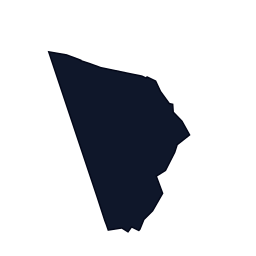 Catawba, North Carolina, United States of America (Robinson projection), rotated 69°
{"feature_id": "52423323B42498482903221", "entity_name": "Catawba", "entity_type": "district", "adm_level": 2, "iso_a3": "USA", "parent_name": "United States of America", "parent_adm1": "North Carolina", "projection": "robinson", "projection_center": [-81.208, 35.687], "detail": "fine", "context": "isolated", "style": "filled", "palette": "ink", "viewbox_px": 256, "rotation_deg": 69, "n_neighbors": 0, "source": "geoboundaries", "source_scale": "gbopen_adm2", "svg_char_len": 565}
<svg xmlns="http://www.w3.org/2000/svg" viewBox="0 0 256 256"><g transform="rotate(69 128 128)"><path d="M28.5,174.7L181.9,181.5L206.2,182.8L210.5,182.8L216.2,183.0L219.1,169.6L224.9,165.2L221.6,160.1L227.5,154.6L226.8,153.2L219.1,146.0L214.1,134.7L201.4,119.1L183.1,118.9L181.0,108.2L167.4,93.1L161.2,88.1L156.5,73.0L141.0,75.2L129.4,80.1L121.9,77.8L120.0,80.7L105.5,84.6L94.1,85.4L87.2,91.9L87.9,93.2L84.5,96.5L76.1,109.7L64.0,128.5L61.9,131.8L54.5,140.3L48.2,148.0L47.8,147.8L37.8,159.1L28.5,174.7Z" fill="#0f172a" stroke="#020617" stroke-width="1.5"/></g></svg>